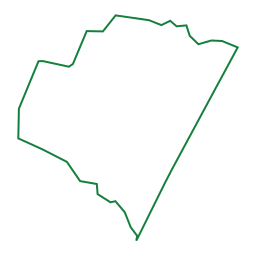 outline of Franklin, North Carolina, United States of America
{"feature_id": "52423323B24761978339557", "entity_name": "Franklin", "entity_type": "district", "adm_level": 2, "iso_a3": "USA", "parent_name": "United States of America", "parent_adm1": "North Carolina", "projection": "mercator", "projection_center": [-78.269, 36.042], "detail": "fine", "context": "isolated", "style": "outline", "palette": "green", "viewbox_px": 256, "rotation_deg": 0, "n_neighbors": 0, "source": "geoboundaries", "source_scale": "gbopen_adm2", "svg_char_len": 551}
<svg xmlns="http://www.w3.org/2000/svg" viewBox="0 0 256 256"><path d="M115.6,15.4L102.9,31.4L86.7,31.1L72.9,64.0L68.9,66.7L42.9,61.1L38.5,61.2L18.9,108.7L18.3,138.4L42.3,149.3L66.9,161.9L80.1,181.1L96.8,184.0L97.6,194.1L110.5,202.3L115.4,201.2L124.8,212.3L130.7,227.2L137.2,235.9L136.4,240.0L136.3,240.6L136.5,240.3L165.5,181.8L170.6,172.0L170.6,171.9L219.0,82.0L219.2,81.7L237.7,47.4L222.0,41.0L211.4,40.5L198.4,44.2L189.7,35.8L186.4,25.4L176.6,26.3L170.2,20.8L161.4,25.1L149.0,20.2L115.6,15.4Z" fill="none" stroke="#15803d" stroke-width="2"/></svg>